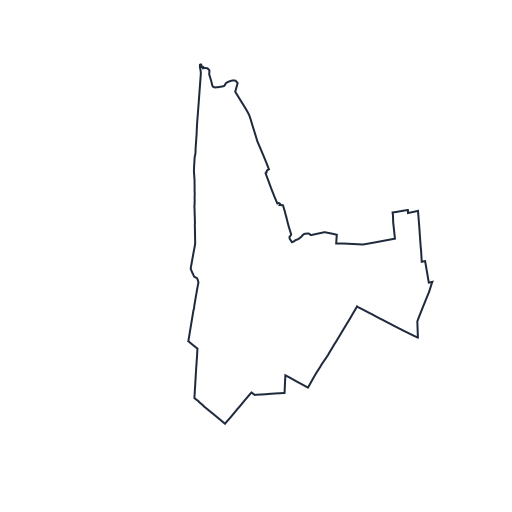 the district of Dobra, Dâmbovita, Romania, rotated 314°
{"feature_id": "2599482B42866178812340", "entity_name": "Dobra", "entity_type": "district", "adm_level": 2, "iso_a3": "ROU", "parent_name": "Romania", "parent_adm1": "Dâmbovita", "projection": "robinson", "projection_center": [25.711, 44.799], "detail": "fine", "context": "isolated", "style": "outline", "palette": "slate", "viewbox_px": 512, "rotation_deg": 314, "n_neighbors": 0, "source": "geoboundaries", "source_scale": "gbopen_adm2", "svg_char_len": 5345}
<svg xmlns="http://www.w3.org/2000/svg" viewBox="0 0 512 512"><g transform="rotate(314 256 256)"><path d="M309.8,429.1L321.0,417.5L324.1,416.1L331.4,413.1L334.3,411.9L336.2,411.1L338.3,410.3L343.2,408.3L344.9,407.6L350.3,405.5L358.7,401.3L359.9,400.8L356.9,398.8L369.8,381.2L367.0,379.2L369.7,376.3L371.9,373.9L374.3,371.3L377.1,368.0L384.5,359.7L385.5,358.6L385.8,358.3L386.9,357.1L391.8,351.6L393.3,349.9L401.0,341.2L392.5,335.5L394.6,333.3L394.4,333.1L384.6,325.9L382.2,324.0L380.2,326.5L375.5,331.3L365.0,343.9L348.1,331.9L338.6,325.0L326.5,311.1L320.7,305.0L324.0,302.2L327.4,299.4L325.3,295.8L320.8,288.8L314.4,284.5L312.9,283.5L312.8,283.4L309.4,281.2L309.0,280.6L309.0,279.6L309.0,279.1L308.7,278.2L307.9,277.4L307.1,276.7L306.0,275.8L304.9,275.2L303.4,275.1L302.2,275.2L300.9,275.2L298.2,274.8L297.5,274.6L296.1,274.1L295.5,273.7L294.5,273.3L292.9,273.2L292.1,272.8L290.9,272.3L291.8,268.2L293.0,266.8L294.3,266.7L294.8,266.7L295.2,266.6L295.5,266.5L295.9,266.3L296.2,265.9L298.6,261.5L300.0,258.9L301.2,257.0L301.9,255.7L302.9,254.3L303.2,253.7L303.3,253.5L303.5,253.2L304.5,251.7L304.8,251.1L304.9,250.8L305.2,250.6L306.9,247.6L308.0,246.0L308.1,245.8L309.2,243.7L309.5,243.2L311.1,240.4L311.2,240.2L310.7,239.5L310.5,239.3L310.2,238.9L309.9,238.5L309.5,238.0L309.3,237.8L309.9,237.7L310.1,237.6L310.1,237.2L310.2,236.6L310.2,236.3L310.1,236.0L310.0,235.8L309.9,235.6L309.5,235.4L309.2,235.3L309.0,235.2L308.8,235.1L308.6,234.9L311.9,227.1L312.3,226.3L314.0,222.5L315.9,218.5L316.8,216.6L318.9,212.3L320.8,208.3L321.4,207.0L322.2,205.4L322.7,205.6L323.1,205.6L323.5,205.5L323.7,205.0L324.2,204.8L324.9,204.6L325.2,204.7L325.4,204.6L325.8,204.6L326.5,204.8L327.3,205.1L330.0,199.3L331.2,196.6L332.7,193.2L334.4,189.2L337.5,181.9L339.4,177.4L342.4,172.0L347.1,163.4L350.7,157.0L352.4,153.7L352.7,153.0L353.6,150.4L354.8,146.3L359.7,127.0L367.7,122.6L367.9,119.5L366.5,117.6L364.6,116.3L362.6,115.3L360.7,114.6L359.3,114.3L358.1,114.6L357.0,115.0L355.8,114.8L354.7,114.1L353.1,112.9L352.2,112.2L351.4,111.8L350.8,111.1L348.7,109.4L348.4,108.9L348.3,108.3L348.0,107.8L347.9,107.4L348.1,106.7L348.6,105.6L350.8,102.2L353.3,97.7L353.9,96.5L355.0,95.4L355.8,94.8L356.3,94.4L356.6,94.0L357.1,93.5L357.3,93.1L357.3,92.5L357.2,92.0L357.3,91.6L357.2,90.5L356.5,89.6L356.2,89.2L355.9,88.8L355.4,88.4L354.3,87.5L354.5,87.3L355.2,87.0L355.3,86.8L355.2,86.1L355.0,85.7L354.7,85.7L354.4,85.9L354.1,85.8L353.9,85.5L353.5,85.2L353.5,84.9L354.1,84.4L354.3,84.0L354.6,83.7L355.2,83.7L355.6,83.6L355.6,83.4L355.5,83.2L355.1,83.1L354.8,83.1L354.6,82.9L352.9,84.4L350.9,87.4L348.9,89.6L326.2,108.5L311.1,121.0L309.2,122.6L306.0,125.4L302.3,128.7L294.8,135.0L294.7,135.1L291.7,137.6L287.7,141.2L284.4,143.3L277.6,149.1L273.9,152.4L270.6,156.1L269.1,157.7L267.7,159.3L267.1,159.9L266.7,160.2L266.2,160.7L265.8,161.1L265.3,161.6L263.2,163.7L261.2,165.6L259.9,166.9L258.6,168.3L258.3,168.6L255.4,171.2L255.0,171.6L253.4,173.3L253.1,173.5L250.2,176.2L249.8,176.6L249.6,176.7L249.4,176.8L249.0,177.1L248.6,177.4L248.5,177.6L248.3,177.9L237.1,189.4L236.5,189.9L235.4,190.8L233.9,192.4L233.1,193.2L222.7,203.6L222.3,203.8L221.6,204.4L214.3,209.2L204.6,215.7L203.2,216.6L201.8,217.7L201.5,217.8L201.2,218.2L201.1,218.6L199.6,222.1L199.2,223.4L198.5,225.0L198.2,225.9L198.2,226.1L198.5,227.1L198.8,228.0L198.9,228.5L199.0,228.8L199.0,229.1L198.9,229.5L198.7,230.0L198.4,230.5L197.7,231.9L197.1,232.7L196.8,233.1L196.3,233.4L192.2,236.1L190.5,237.2L189.4,238.0L188.8,238.4L183.3,242.1L177.3,246.2L175.5,247.7L175.3,247.8L175.1,247.9L174.0,248.5L173.4,248.8L148.6,265.9L147.8,266.6L147.7,266.6L148.2,273.1L148.7,278.2L148.6,278.4L148.2,278.6L146.3,280.3L145.4,281.0L144.9,281.5L142.0,284.0L139.2,286.3L137.4,287.9L134.3,290.4L131.8,292.6L131.0,293.3L130.3,293.8L129.8,294.3L127.9,295.9L125.0,298.4L122.2,300.8L120.0,302.7L116.8,305.4L115.1,306.9L112.1,309.4L111.0,310.5L111.6,315.7L111.4,316.1L111.8,322.4L111.6,322.7L112.2,329.6L112.4,332.7L112.5,332.8L113.3,343.2L113.8,350.2L116.8,350.0L121.6,349.8L125.9,349.5L128.4,349.3L130.1,349.2L130.8,349.1L133.0,348.9L133.3,348.9L133.6,348.9L134.0,348.9L134.5,348.9L136.4,348.8L137.9,348.7L142.6,348.3L144.8,348.1L146.8,348.0L147.0,348.0L153.3,347.6L154.7,347.6L154.8,348.2L155.1,351.4L155.4,351.7L157.5,353.6L159.8,355.8L162.4,358.2L162.6,358.4L164.8,360.3L166.8,362.0L169.5,364.5L170.9,365.7L173.4,368.1L175.8,370.3L176.1,370.6L177.0,371.5L177.3,371.7L186.9,363.2L190.6,360.0L191.4,362.8L191.9,364.5L193.1,369.0L193.9,372.2L195.1,376.4L196.0,379.6L197.0,383.3L197.3,384.6L197.4,384.8L198.3,384.6L208.9,381.8L213.8,380.6L220.0,379.4L221.7,379.0L223.2,378.6L224.4,378.4L226.1,378.1L228.3,377.7L231.0,377.3L233.6,376.8L235.4,376.5L235.6,376.4L235.9,376.3L237.4,375.9L239.1,375.5L241.3,375.0L242.1,374.9L243.1,374.6L244.4,374.3L245.0,374.2L245.9,373.9L246.7,373.7L249.1,373.3L250.4,373.0L254.3,372.1L259.1,371.0L262.5,370.2L268.5,368.8L273.5,367.7L274.8,367.4L277.8,366.7L280.6,366.0L284.3,365.1L286.8,364.5L288.3,364.1L289.1,363.9L289.9,363.7L289.9,363.9L290.0,364.6L291.1,368.1L291.8,370.4L293.4,375.9L294.7,380.1L296.1,385.2L297.6,390.3L297.7,390.5L297.9,390.8L298.1,391.6L298.6,393.6L299.1,395.1L299.7,397.3L300.2,398.8L301.0,401.7L302.1,405.3L302.9,408.0L304.0,411.5L305.2,415.5L305.7,416.8L306.6,419.8L307.3,421.9L308.3,425.1L309.2,427.7L309.5,428.7L309.8,429.1Z" fill="none" stroke="#1e293b" stroke-width="2"/></g></svg>